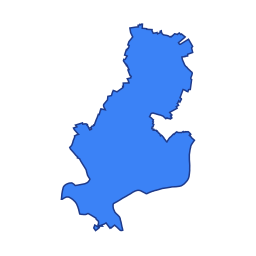 Phu Xuyen, Ha Noi, Vietnam (Mercator projection), rotated 79°
{"feature_id": "81297802B25831565259333", "entity_name": "Phu Xuyen", "entity_type": "district", "adm_level": 2, "iso_a3": "VNM", "parent_name": "Vietnam", "parent_adm1": "Ha Noi", "projection": "mercator", "projection_center": [105.908, 20.729], "detail": "fine", "context": "isolated", "style": "filled", "palette": "blue", "viewbox_px": 256, "rotation_deg": 79, "n_neighbors": 0, "source": "geoboundaries", "source_scale": "gbopen_adm2", "svg_char_len": 5762}
<svg xmlns="http://www.w3.org/2000/svg" viewBox="0 0 256 256"><g transform="rotate(79 128 128)"><path d="M227.4,152.7L226.4,152.6L225.2,152.7L223.4,152.8L219.2,152.8L216.9,153.0L215.2,153.0L214.3,153.2L213.5,153.4L211.3,154.8L210.0,155.8L208.2,156.9L204.8,157.7L203.7,157.7L202.6,157.7L201.0,157.4L200.0,157.1L199.4,156.6L198.6,154.1L198.2,152.8L196.6,148.5L196.0,147.1L194.5,142.4L193.7,140.3L193.3,138.9L192.6,137.1L192.0,135.7L191.4,133.6L191.2,132.8L191.1,131.9L191.0,130.8L191.2,129.4L191.6,128.3L192.1,127.4L192.7,126.7L194.9,123.9L195.7,123.0L196.0,122.6L196.0,121.8L195.7,120.7L195.3,119.0L194.8,116.3L194.8,115.3L194.6,114.5L194.5,113.3L194.5,112.2L194.3,109.8L194.1,107.7L193.9,105.9L194.2,98.6L194.2,96.0L194.8,91.9L195.0,88.8L194.9,86.8L194.4,85.4L193.5,83.4L192.3,81.7L190.8,79.8L190.0,79.1L189.0,78.3L187.3,77.4L184.7,76.5L181.3,75.5L180.0,75.3L176.8,74.6L174.8,74.3L170.7,73.8L168.1,73.3L165.9,72.9L163.3,72.0L161.0,71.2L158.6,70.1L158.1,70.0L157.1,69.4L155.8,68.3L154.4,66.9L152.7,65.1L150.3,67.0L149.9,67.3L147.8,68.3L147.5,68.5L147.5,68.8L147.3,68.9L147.0,69.1L146.8,68.6L146.5,68.8L146.2,68.3L146.4,68.0L146.2,67.6L145.6,67.8L144.6,68.5L143.2,69.5L143.0,69.9L143.1,70.8L142.9,71.0L142.8,71.3L142.9,72.0L142.6,72.1L142.5,72.8L142.9,74.0L142.0,74.5L142.7,76.3L142.0,79.6L141.8,80.0L141.6,80.5L141.1,80.8L141.6,82.1L142.0,82.7L143.0,84.0L142.6,84.5L144.8,87.6L145.2,88.5L145.7,89.2L146.6,90.2L149.1,92.5L148.8,92.8L146.2,94.0L145.4,94.5L144.4,94.7L142.3,95.9L142.0,96.1L141.6,96.6L141.3,96.8L141.6,97.2L141.8,97.6L139.5,98.0L139.1,98.4L138.9,98.9L136.5,99.9L136.6,100.5L135.7,100.7L135.0,103.5L134.2,102.9L133.2,104.7L132.6,104.6L131.4,103.8L131.6,103.3L129.4,102.0L128.5,103.0L126.9,101.9L126.2,102.5L124.8,101.5L124.0,102.3L122.8,103.0L121.9,103.8L121.0,104.7L119.6,103.6L118.4,102.8L118.1,102.1L118.0,101.3L118.1,101.0L118.1,100.4L118.3,100.1L118.8,99.2L119.2,98.3L119.7,97.5L120.8,95.3L121.2,94.5L121.4,93.8L122.3,92.5L122.7,91.8L122.9,91.5L123.1,91.3L126.1,89.1L125.5,87.8L126.1,87.3L126.1,87.0L126.6,86.0L126.8,85.4L127.2,84.8L126.8,84.6L126.5,84.4L126.5,84.0L126.9,83.5L126.5,83.0L125.1,83.4L124.3,83.9L123.6,82.4L123.3,82.5L122.3,83.3L120.6,84.1L119.4,80.4L118.0,76.0L116.2,76.5L115.4,74.0L114.5,74.3L113.7,74.7L113.4,74.9L113.3,74.6L111.0,73.0L112.5,72.1L109.8,70.0L109.4,70.1L109.0,70.4L108.3,71.2L100.7,66.6L101.1,65.8L101.7,65.0L102.3,64.2L102.9,63.8L103.8,62.3L101.9,61.2L102.1,59.5L92.6,56.3L92.4,56.6L92.0,56.8L91.5,56.9L91.1,56.8L90.6,56.7L88.2,55.2L86.6,54.5L86.1,54.5L85.6,54.6L85.2,54.8L84.6,55.4L83.4,56.2L81.2,57.8L79.5,58.7L78.3,59.7L76.7,60.4L74.7,60.8L71.6,61.5L69.6,61.6L68.6,61.5L68.8,58.4L68.5,58.3L68.7,55.7L67.0,55.4L66.2,50.1L61.4,50.3L60.3,49.0L56.4,50.3L52.4,51.7L55.1,58.7L55.5,59.9L55.8,60.5L55.8,61.1L55.7,61.4L55.4,61.5L54.8,61.9L53.9,62.2L53.2,60.9L49.9,55.0L49.5,54.5L45.9,57.6L46.2,58.4L44.5,59.5L45.1,61.0L45.6,61.6L44.4,64.2L46.7,68.0L46.3,68.3L46.7,69.3L46.1,70.0L45.3,70.8L45.2,71.0L44.6,72.1L44.2,73.2L43.7,74.5L43.3,75.4L42.3,76.3L41.7,76.6L40.2,76.9L38.9,76.8L39.2,78.0L40.5,77.9L41.2,81.0L39.8,81.3L39.9,81.6L39.9,85.1L37.2,85.9L36.0,85.6L34.7,90.7L34.1,90.7L32.8,95.0L28.8,94.0L28.6,94.8L28.9,95.3L29.1,96.1L28.7,96.2L28.6,96.5L29.1,96.5L29.1,98.5L30.7,98.5L30.4,101.6L30.2,107.1L34.9,107.2L39.5,106.0L43.4,110.6L46.4,112.3L47.2,111.1L49.0,111.9L50.0,112.7L49.9,113.4L51.2,114.2L50.9,114.7L52.4,115.6L55.8,117.4L57.2,115.1L60.1,117.7L60.1,118.5L59.8,119.0L61.0,119.6L61.4,119.6L64.7,118.2L64.7,117.9L66.5,117.6L66.3,117.0L68.0,116.6L70.9,115.9L70.9,116.1L71.0,117.0L76.9,116.0L76.9,115.6L78.1,115.0L78.7,115.6L79.3,115.7L79.5,119.3L80.3,119.0L81.2,118.8L83.6,118.4L84.0,118.5L83.8,119.0L83.7,119.9L83.0,124.1L85.0,124.4L86.3,124.6L86.1,125.3L87.4,125.3L89.2,129.3L90.4,131.9L88.3,135.3L89.1,135.8L89.3,136.0L91.3,137.2L93.0,138.0L93.1,139.9L93.1,140.7L93.1,141.7L96.5,142.8L100.0,147.1L100.5,147.5L101.2,147.7L101.8,147.8L103.2,147.6L104.9,147.0L105.8,146.8L104.9,148.9L104.3,150.2L104.7,150.4L104.2,151.1L109.3,153.7L108.9,154.5L111.8,156.2L113.8,157.6L118.8,160.6L118.5,161.2L119.2,161.5L119.5,163.5L120.5,164.0L120.6,164.8L121.5,164.2L122.0,163.9L122.4,164.6L122.4,164.8L122.6,165.9L119.5,166.8L118.6,166.9L117.5,167.7L116.9,167.2L116.2,167.9L115.9,168.6L115.7,169.7L115.6,171.6L114.3,171.7L115.1,179.0L117.1,178.0L117.6,181.5L119.4,181.0L124.2,178.2L124.8,177.8L124.9,179.5L125.6,182.0L126.6,182.0L128.8,183.4L130.0,184.2L131.9,185.1L134.0,186.4L134.7,187.1L135.3,187.9L135.9,188.9L137.7,188.5L141.5,186.2L145.0,184.3L146.8,182.9L147.6,183.4L148.9,181.4L150.0,181.1L152.0,180.5L159.3,177.7L161.0,177.1L163.2,177.0L166.9,176.7L167.9,176.3L169.4,175.8L170.2,175.3L171.1,175.2L172.1,176.0L173.4,177.5L173.9,178.5L174.5,180.9L174.5,188.5L174.4,190.8L172.7,192.0L171.2,193.6L171.0,195.1L170.9,196.2L171.2,198.3L171.5,199.4L172.0,200.6L172.7,201.7L173.3,202.4L174.2,203.0L175.3,203.5L176.8,204.2L179.9,205.4L184.7,206.8L185.2,207.0L185.4,206.2L185.1,205.4L184.5,203.9L184.1,202.2L184.0,201.3L184.3,200.1L184.5,199.3L185.7,197.8L187.6,195.9L190.3,194.0L192.5,193.0L195.8,192.3L198.4,192.0L203.2,191.8L203.8,190.4L204.1,189.2L204.5,187.9L204.6,187.5L204.8,186.2L204.8,185.8L204.7,185.3L204.7,185.0L204.4,184.3L204.3,183.6L204.4,183.4L204.7,183.0L206.3,181.1L208.2,179.0L209.1,178.0L209.3,177.8L210.3,176.7L211.3,176.7L212.1,176.2L213.8,174.9L214.7,174.9L215.4,175.0L215.9,175.1L217.5,176.0L218.1,175.0L219.5,176.2L216.9,179.1L219.6,180.7L222.5,179.4L221.3,176.9L220.6,175.6L220.2,175.2L219.0,174.3L218.8,174.2L219.1,173.3L219.4,172.0L218.3,172.7L217.9,170.6L217.7,169.5L217.4,168.7L217.0,167.7L218.2,167.1L222.9,164.8L222.4,164.1L222.9,163.7L221.7,161.5L220.8,159.7L221.7,159.0L222.9,158.0L226.9,155.2L227.2,154.7L227.4,153.8L227.4,152.7Z" fill="#3b82f6" stroke="#1e3a8a" stroke-width="1.5"/></g></svg>